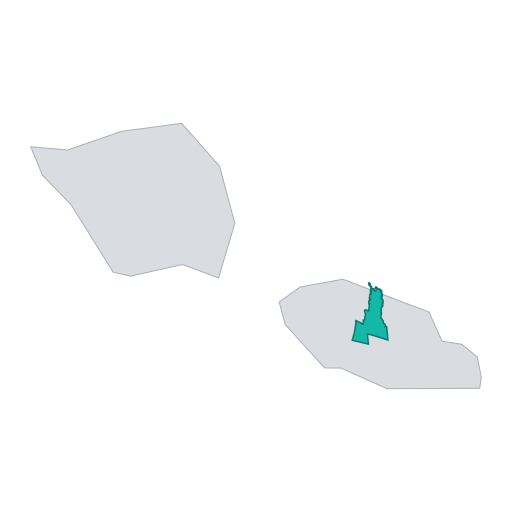 Vaimauga West, Tuamasaga, Samoa shown in context
{"feature_id": "51752279B6831491074988", "entity_name": "Vaimauga West", "entity_type": "district", "adm_level": 2, "iso_a3": "WSM", "parent_name": "Samoa", "parent_adm1": "Tuamasaga", "projection": "equal_earth", "projection_center": [-171.762, -13.882], "detail": "fine", "context": "in_parent", "style": "filled", "palette": "teal", "viewbox_px": 512, "rotation_deg": 0, "n_neighbors": 0, "source": "geoboundaries", "source_scale": "gbopen_adm2", "svg_char_len": 5255}
<svg xmlns="http://www.w3.org/2000/svg" viewBox="0 0 512 512"><path d="M181.6,123.3L219.6,166.3L234.8,223.4L218.5,278.0L182.6,264.5L130.6,276.1L113.2,272.2L71.4,205.2L42.4,175.1L30.7,146.8L67.6,150.0L121.5,131.3L181.6,123.3ZM479.7,388.3L386.9,388.7L341.0,368.1L324.6,367.9L285.3,324.7L279.2,302.0L299.9,287.1L342.8,279.2L429.0,312.1L442.0,341.2L461.9,344.3L477.3,357.0L481.3,377.4L479.7,388.3Z" fill="#d9dde1" stroke="#a8b0b8" stroke-width="1"/><path d="M382.4,295.0L382.4,294.9L382.2,294.7L381.9,294.2L381.8,293.9L381.7,293.7L381.8,293.6L381.7,293.5L381.7,293.2L381.8,292.9L381.7,292.9L381.7,292.5L381.7,292.4L381.7,292.2L381.6,291.9L381.4,291.3L381.6,291.1L381.6,290.8L381.6,290.7L381.3,290.9L381.2,290.9L381.1,290.7L380.9,290.4L380.7,290.2L380.4,290.7L380.3,290.4L379.9,290.0L379.9,289.9L379.9,289.6L379.7,288.9L379.5,289.0L379.3,289.2L379.1,289.3L378.9,289.3L378.8,289.2L378.6,289.0L378.2,288.9L377.9,288.8L377.8,288.7L377.6,288.5L377.5,288.3L377.3,288.1L377.1,287.9L377.0,287.7L376.9,287.5L376.6,287.3L376.6,287.2L376.4,287.1L376.3,287.4L376.2,287.5L376.1,287.4L375.4,287.1L375.0,287.1L375.3,287.2L375.3,287.5L375.4,287.9L375.4,288.0L375.7,288.5L375.8,288.5L375.6,288.2L376.0,288.6L376.2,288.4L376.3,288.4L376.4,288.5L376.4,288.8L376.1,289.9L376.0,290.4L375.9,290.5L375.5,291.0L375.3,291.1L374.5,290.8L374.2,290.6L374.2,290.1L374.3,290.1L374.3,289.9L374.2,289.7L374.2,289.3L374.0,288.9L373.9,288.7L373.7,288.8L373.5,289.2L373.1,289.2L372.9,289.1L372.2,288.6L371.7,287.5L371.5,287.0L371.5,286.9L371.4,286.9L371.4,286.7L371.0,286.3L370.8,286.0L370.7,285.7L370.6,285.3L370.5,285.1L370.4,284.8L370.3,284.3L370.1,283.7L369.7,283.1L369.4,282.8L369.2,282.7L368.9,282.8L368.7,283.4L368.7,283.5L368.7,283.8L368.9,283.8L368.9,284.0L368.8,283.9L368.7,283.9L368.7,284.0L368.9,284.1L369.0,284.2L369.0,284.4L368.9,284.7L369.0,285.0L369.3,285.2L369.5,284.8L369.6,285.1L369.7,285.5L369.7,285.4L370.0,285.3L370.2,285.7L370.0,286.0L370.0,286.3L370.3,286.3L370.5,286.4L370.7,286.5L370.8,286.5L370.8,286.8L371.0,286.9L371.0,287.0L370.8,287.2L370.9,287.9L371.0,287.8L370.9,288.0L370.8,288.3L370.9,288.5L371.0,288.5L370.7,288.6L370.7,289.3L370.8,289.6L370.8,289.9L371.0,290.0L371.1,290.3L371.4,290.4L371.4,290.5L371.3,290.9L371.5,291.0L371.2,291.0L371.3,291.2L371.2,291.5L371.1,291.4L371.0,290.8L370.9,290.9L370.8,290.6L370.7,290.5L370.6,290.3L370.4,290.5L370.6,290.0L370.6,289.8L370.5,290.1L370.3,290.6L370.1,290.4L369.9,290.3L370.3,290.7L370.4,291.0L370.4,291.3L370.3,291.5L370.4,291.8L370.7,292.2L370.8,292.4L370.8,292.8L370.8,293.0L370.3,293.5L370.2,293.7L370.9,293.6L370.7,294.1L370.9,294.2L370.4,294.6L370.1,294.6L370.0,294.8L369.9,295.2L369.8,295.5L369.7,295.6L369.7,296.1L369.6,296.5L369.5,297.1L369.4,297.3L369.5,297.6L369.4,298.1L369.4,298.4L369.6,298.7L369.7,298.8L370.2,298.9L370.4,298.9L370.4,299.6L370.1,300.1L370.1,300.3L369.8,300.5L369.3,300.2L369.2,300.6L368.9,301.0L368.8,303.9L369.4,304.0L369.2,305.8L369.2,306.5L368.7,310.7L368.5,310.8L368.1,310.6L367.9,310.6L367.6,310.3L364.9,309.9L364.8,310.8L364.6,311.3L364.9,312.6L365.5,313.7L365.4,314.0L365.3,314.3L365.5,315.1L365.4,315.6L365.3,315.9L365.1,316.1L364.9,317.0L364.8,317.4L364.8,317.9L364.8,318.2L364.8,318.9L364.8,319.2L364.7,319.3L364.7,319.5L364.6,319.8L364.6,320.1L363.3,320.0L363.1,324.2L362.7,324.0L362.2,323.8L362.0,323.7L361.9,323.6L361.7,323.5L361.5,323.4L361.4,323.3L361.3,323.2L360.9,323.0L360.6,322.9L360.4,322.6L358.6,321.8L355.8,320.6L355.8,323.7L354.5,332.0L352.2,340.3L368.4,344.1L367.4,334.1L369.0,334.5L370.4,334.6L382.8,338.4L387.9,340.0L386.7,326.7L385.2,326.7L385.3,326.5L385.4,326.2L385.4,325.9L385.4,325.7L385.3,325.1L385.1,324.6L384.8,324.6L384.7,324.4L384.7,324.1L384.7,323.8L384.5,323.6L384.3,323.6L384.0,323.5L383.7,323.3L383.5,323.2L383.3,323.0L383.3,322.6L383.3,322.4L383.2,322.1L383.1,321.8L383.1,321.5L383.2,321.2L383.3,320.9L383.2,320.7L382.9,320.3L382.7,320.2L382.4,319.9L382.3,319.7L382.2,319.3L382.1,319.2L381.9,319.1L381.7,319.0L381.4,318.5L381.3,318.0L381.2,317.9L381.3,317.7L380.9,317.2L380.7,317.0L380.7,316.6L380.8,316.4L380.9,315.9L381.0,315.5L381.2,315.3L381.2,315.1L381.2,314.9L381.2,314.7L381.4,314.1L381.6,313.3L381.6,313.2L381.5,312.9L381.5,312.6L381.4,312.4L381.2,312.3L381.3,311.8L381.3,311.6L381.4,311.3L381.3,311.1L381.2,310.9L380.9,310.6L381.0,310.4L381.2,310.1L381.3,309.7L381.4,309.4L381.3,309.0L381.1,308.6L381.1,308.4L381.3,308.2L381.4,307.9L381.4,307.7L381.3,307.4L381.4,307.1L381.6,307.1L381.9,307.3L382.0,307.2L382.0,306.9L382.0,306.7L382.4,306.5L382.7,305.9L382.8,305.8L382.9,305.5L382.9,305.4L382.6,305.3L382.5,305.0L382.6,304.8L382.4,304.6L382.3,304.3L382.2,304.3L382.2,304.1L382.3,303.9L382.4,304.0L382.5,304.0L382.5,303.7L382.5,303.4L382.8,303.6L382.9,303.3L382.7,303.2L383.0,303.1L383.1,302.9L383.0,302.7L383.0,302.2L383.0,301.7L383.1,301.4L383.1,301.2L382.9,301.1L382.8,300.6L383.0,300.4L383.0,300.2L382.9,300.1L382.7,299.7L382.3,299.7L382.1,299.7L382.1,299.3L382.2,299.1L382.2,298.9L381.9,298.8L381.8,298.7L381.7,298.6L381.7,298.4L381.5,298.2L381.4,298.0L381.4,297.9L381.1,297.5L381.2,297.2L381.3,297.0L381.3,296.8L381.4,296.7L381.5,296.4L381.6,296.6L381.7,296.3L381.8,296.4L381.9,296.2L382.2,296.3L382.2,296.2L382.0,295.9L382.2,295.6L382.2,295.3L382.4,295.2L382.4,295.0Z" fill="#14b8a6" stroke="#0f766e" stroke-width="1.5"/></svg>